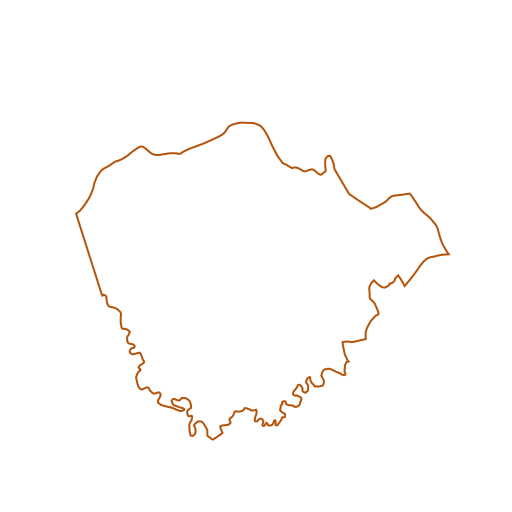 the district of Stueng Saen, Kâmpóng Thum, Cambodia, rotated 58°
{"feature_id": "14789045B79526031906839", "entity_name": "Stueng Saen", "entity_type": "district", "adm_level": 2, "iso_a3": "KHM", "parent_name": "Cambodia", "parent_adm1": "Kâmpóng Thum", "projection": "orthographic", "projection_center": [104.889, 12.631], "detail": "fine", "context": "isolated", "style": "outline", "palette": "amber", "viewbox_px": 512, "rotation_deg": 58, "n_neighbors": 0, "source": "geoboundaries", "source_scale": "gbopen_adm2", "svg_char_len": 6147}
<svg xmlns="http://www.w3.org/2000/svg" viewBox="0 0 512 512"><g transform="rotate(58 256 256)"><path d="M208.2,407.2L208.0,406.0L209.1,405.0L210.7,404.4L212.9,405.3L215.8,406.8L218.0,407.4L220.4,407.6L222.3,406.1L224.5,403.8L226.7,402.2L228.8,401.4L231.9,400.7L233.6,401.2L237.4,404.0L239.9,405.5L241.4,406.3L243.3,407.0L245.3,407.9L246.4,407.9L247.6,407.0L248.4,405.7L249.3,404.8L250.4,404.1L251.8,403.5L253.3,403.2L254.1,403.9L255.5,406.1L255.8,407.3L256.3,407.9L258.3,409.5L261.2,410.6L262.6,410.2L263.9,409.2L265.1,407.7L266.5,406.8L268.4,406.7L269.2,408.2L268.3,410.7L268.7,411.7L269.7,413.5L271.2,414.2L273.6,413.2L274.6,411.4L276.1,406.2L277.6,405.6L282.0,406.3L283.8,407.0L285.6,406.7L286.4,406.9L287.2,408.1L287.2,411.4L287.6,413.5L288.3,414.7L289.5,414.6L291.1,414.2L291.8,414.8L291.9,416.9L292.9,418.9L295.3,422.0L301.1,424.1L304.2,424.9L305.9,424.9L307.9,424.4L309.0,423.0L309.0,422.0L309.3,419.2L309.9,417.5L311.2,416.9L313.9,417.2L316.6,416.6L318.0,416.0L318.9,414.9L319.6,413.1L319.8,411.0L320.7,410.3L322.1,410.0L323.5,410.7L324.6,412.1L326.3,415.3L328.4,416.8L332.1,415.4L336.5,411.4L339.6,408.2L341.5,406.6L343.3,405.5L347.1,402.7L347.7,401.7L348.2,400.4L348.4,398.6L347.8,398.0L345.9,398.9L344.3,400.6L341.1,403.0L339.1,404.7L338.1,405.0L334.2,404.5L333.4,403.0L333.6,401.3L336.9,398.9L338.0,397.4L337.1,394.3L337.9,392.6L339.5,390.8L341.9,389.6L344.7,389.2L348.3,390.3L350.4,391.5L350.4,393.2L350.7,395.9L352.2,397.3L354.5,398.2L355.9,398.2L356.7,397.4L357.0,395.9L357.6,395.2L358.6,395.4L361.0,397.5L362.3,400.2L363.7,401.9L365.6,403.1L369.2,405.1L371.8,406.0L373.6,406.5L375.0,405.4L374.7,402.3L374.1,401.3L373.2,400.5L370.6,399.0L368.7,398.5L366.7,398.3L366.2,397.1L365.7,394.9L365.5,393.0L366.5,391.2L367.6,389.9L369.6,389.3L375.5,389.3L377.9,389.6L381.7,391.9L382.8,392.4L384.0,392.1L386.0,391.1L387.7,390.7L388.8,389.8L388.8,385.7L388.6,382.5L388.7,381.6L388.3,378.1L386.4,377.9L381.8,376.9L381.5,376.1L381.9,374.1L382.8,372.8L383.1,371.7L384.4,369.3L384.3,367.2L384.1,366.3L383.6,365.7L381.4,365.5L380.4,365.0L379.8,364.0L379.8,362.5L379.6,361.1L379.1,359.7L377.6,358.0L376.7,356.0L379.0,352.9L380.1,349.9L380.1,348.4L379.0,346.4L379.7,345.1L382.6,342.8L384.9,341.5L386.1,338.9L386.3,337.5L387.4,337.6L388.5,338.0L390.9,340.2L391.4,341.1L392.0,341.9L394.8,344.3L395.7,344.4L396.8,342.7L396.6,341.5L396.0,340.3L396.2,338.8L396.6,337.8L397.6,337.3L399.2,337.0L400.1,337.3L402.5,340.0L403.6,340.2L404.4,339.5L404.2,338.4L403.0,336.2L403.2,335.4L404.1,335.1L405.4,335.6L406.6,334.9L407.4,333.5L407.6,332.6L407.6,331.6L407.4,330.6L406.7,329.6L405.2,328.0L405.3,327.0L406.1,326.9L407.7,327.6L409.7,328.9L410.8,328.0L410.7,327.2L409.7,324.4L408.8,322.7L408.2,321.1L406.9,319.8L406.8,319.0L407.4,318.2L407.9,317.3L407.3,316.2L405.7,315.2L404.8,315.3L402.6,316.6L401.6,316.9L400.2,317.3L399.0,317.0L398.1,315.9L396.8,314.8L396.0,314.5L395.7,313.0L395.2,311.8L394.4,311.8L393.6,310.8L393.9,309.5L394.4,308.7L395.0,308.1L397.4,308.8L398.4,308.4L399.8,307.4L400.8,306.1L402.3,303.9L403.8,303.6L405.1,302.3L405.5,300.7L405.5,298.7L404.6,297.1L404.0,296.3L403.1,295.7L402.3,294.2L401.4,293.3L400.4,292.9L399.0,293.3L395.5,295.6L395.2,296.8L394.2,297.5L393.0,297.9L392.0,297.3L390.9,296.0L389.1,290.8L387.7,289.0L387.9,287.8L388.7,287.0L389.9,286.7L391.6,286.5L393.3,286.9L394.5,287.8L395.7,288.1L398.1,286.8L398.1,285.7L397.7,283.8L397.2,282.8L394.2,280.8L392.8,280.4L389.7,280.5L388.7,279.7L387.4,277.9L387.0,277.1L387.0,275.1L387.6,274.4L390.3,275.8L392.5,276.0L393.6,275.9L395.0,275.5L397.9,275.2L398.1,274.4L400.0,272.0L400.5,270.4L401.2,268.6L401.1,267.8L399.8,265.9L398.4,264.9L397.6,264.5L396.4,264.3L392.2,264.1L391.4,263.2L390.7,262.7L388.9,259.9L388.6,258.7L388.6,257.8L389.7,254.8L390.5,253.7L392.0,252.2L393.9,251.1L394.5,250.6L397.1,249.1L398.3,248.1L399.3,247.7L399.8,247.0L400.5,246.6L401.7,246.3L403.9,244.2L403.9,243.0L402.9,242.4L400.6,242.1L399.7,241.3L398.9,240.9L397.8,239.6L397.1,239.1L396.3,239.0L395.6,238.2L394.9,237.0L394.4,236.4L393.8,235.3L394.5,233.4L393.3,233.7L390.6,233.3L386.4,232.8L377.4,229.5L374.9,228.1L375.6,226.3L377.5,223.1L379.8,220.4L380.8,218.1L384.1,208.4L384.7,206.9L383.0,206.1L378.7,203.3L376.1,200.4L374.3,197.4L371.8,192.9L370.9,189.2L370.0,186.2L370.4,183.3L368.5,182.0L359.5,180.5L356.8,180.8L354.8,181.5L352.6,181.8L351.4,181.6L349.8,180.6L346.2,178.5L344.0,177.5L341.9,175.7L340.5,173.3L339.6,171.1L339.1,168.9L340.7,168.6L345.1,167.4L349.4,165.5L351.0,163.6L351.4,160.7L351.3,158.5L350.2,157.3L350.9,155.9L351.0,153.9L350.3,151.6L348.6,149.5L347.8,145.7L351.6,145.5L356.8,145.6L360.3,145.9L356.9,135.7L353.0,125.8L350.8,121.1L350.4,119.2L349.5,117.1L348.8,112.4L349.3,109.2L350.7,105.7L352.0,101.6L353.8,97.0L356.7,91.6L352.1,91.8L344.4,91.5L337.1,89.9L328.6,87.4L326.9,87.1L324.5,87.1L316.8,88.1L313.9,88.8L308.8,90.6L304.6,91.5L302.6,91.8L300.1,92.0L294.1,91.9L292.2,92.1L287.8,92.1L284.5,92.6L280.8,101.1L277.8,107.4L277.3,109.3L277.4,111.5L278.7,117.8L278.2,128.4L276.9,133.5L274.6,134.3L263.9,139.3L252.6,144.2L223.8,143.4L219.9,141.6L215.6,140.5L211.9,140.1L210.0,140.4L209.3,142.8L210.6,145.9L214.6,148.6L219.8,151.3L221.1,152.2L221.2,155.1L221.6,157.7L219.7,159.5L215.7,160.6L213.2,161.6L211.9,163.1L211.2,165.2L210.6,168.6L209.8,170.3L207.9,171.5L204.7,173.1L202.4,174.9L201.1,176.7L200.6,178.9L194.6,182.0L191.5,184.1L182.4,184.8L170.3,183.8L164.1,182.9L158.9,182.4L153.5,182.3L148.9,183.0L146.5,184.1L142.5,187.1L140.5,189.6L138.2,193.3L136.2,196.1L134.4,199.2L133.0,203.1L132.0,206.4L131.8,210.6L134.7,217.2L135.2,221.0L134.9,225.4L132.9,240.5L129.7,256.2L129.0,262.6L129.2,265.4L128.9,266.8L128.0,267.9L126.9,268.9L123.6,273.8L120.2,281.6L119.3,283.9L118.0,286.3L116.9,287.8L114.6,289.8L113.0,290.6L105.9,292.9L103.5,294.0L102.1,295.5L101.8,296.8L101.7,299.8L102.0,305.6L102.3,308.5L102.8,311.2L102.9,316.0L102.8,318.6L102.2,322.4L101.5,324.6L101.3,326.8L101.6,332.5L101.5,335.5L101.2,339.2L101.5,341.4L102.1,343.5L103.2,346.2L104.5,349.0L108.5,354.4L110.5,356.4L111.6,357.4L112.9,358.9L116.2,363.3L118.5,367.1L121.2,372.7L123.3,378.0L123.6,379.3L124.3,381.1L124.6,384.3L124.9,386.2L205.8,406.9L208.2,407.2Z" fill="none" stroke="#b45309" stroke-width="2"/></g></svg>